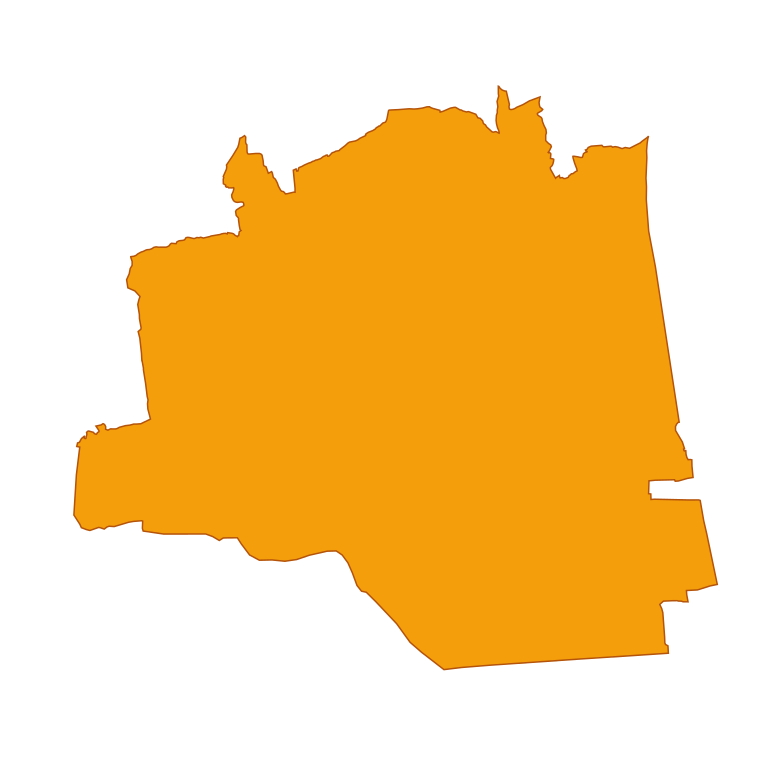 outline of Tamasi, Bacau, Romania, rotated 266°
{"feature_id": "2599482B86885010091457", "entity_name": "Tamasi", "entity_type": "district", "adm_level": 2, "iso_a3": "ROU", "parent_name": "Romania", "parent_adm1": "Bacau", "projection": "albers", "projection_center": [27.031, 46.487], "detail": "fine", "context": "isolated", "style": "filled", "palette": "amber", "viewbox_px": 768, "rotation_deg": 266, "n_neighbors": 0, "source": "geoboundaries", "source_scale": "gbopen_adm2", "svg_char_len": 6132}
<svg xmlns="http://www.w3.org/2000/svg" viewBox="0 0 768 768"><g transform="rotate(266 384 384)"><path d="M606.7,656.5L602.0,645.4L603.1,641.1L602.3,638.3L602.4,637.5L604.0,633.8L604.7,631.1L604.3,628.5L605.2,627.6L605.4,626.7L605.2,620.0L605.5,619.1L606.9,618.0L606.8,607.2L605.7,604.2L603.7,602.7L603.4,601.3L602.5,601.7L601.7,602.8L601.4,602.7L601.0,600.9L599.9,599.1L596.4,597.8L596.2,597.4L596.3,595.7L597.1,593.2L598.0,589.2L597.9,588.3L596.2,588.4L590.8,589.6L585.6,591.2L583.2,591.6L582.4,589.7L580.7,587.2L580.6,585.5L579.6,584.5L579.1,583.3L577.3,582.2L576.4,579.4L576.4,577.8L577.5,576.3L577.3,574.1L578.5,573.6L579.8,573.5L578.0,570.2L577.3,569.5L586.6,565.1L587.5,565.0L588.4,565.0L590.1,566.9L591.9,567.9L594.4,568.7L596.3,569.0L596.7,568.4L597.4,565.8L601.9,566.5L602.8,566.0L603.4,564.9L603.2,564.2L603.6,563.9L604.9,565.1L609.0,567.5L610.9,567.0L612.5,564.9L615.5,562.3L621.1,562.7L623.1,563.5L626.7,563.3L630.8,561.6L634.7,560.4L637.7,560.1L638.9,559.5L641.1,556.6L642.1,555.9L643.0,555.8L643.6,556.4L645.6,560.4L646.9,561.5L649.4,558.9L651.0,558.5L653.9,558.3L659.5,559.7L656.3,548.8L653.0,542.1L650.8,535.7L649.8,534.0L649.1,532.0L648.9,529.8L649.5,528.3L651.8,528.0L654.2,528.6L667.6,526.4L667.9,524.8L669.0,522.4L670.8,520.5L672.9,519.3L673.1,518.8L665.6,518.3L663.2,518.5L658.0,516.5L652.7,516.9L649.5,516.1L646.6,515.9L644.3,514.9L639.1,514.2L635.6,514.4L631.7,515.1L628.9,516.1L626.4,516.5L626.1,516.3L627.5,514.1L628.0,513.1L627.6,510.6L628.0,509.4L633.3,504.3L635.4,503.3L636.0,502.3L637.3,501.2L639.6,500.8L642.3,498.5L643.0,496.2L646.7,494.4L649.6,487.9L649.9,486.9L649.6,485.4L650.9,481.7L651.9,480.3L652.1,479.1L652.5,478.4L655.0,474.7L655.1,473.4L654.6,469.5L651.9,461.8L651.3,459.0L653.1,458.8L655.5,452.0L656.5,449.8L657.4,448.8L657.5,446.2L656.6,441.7L656.2,436.4L656.2,433.2L656.8,428.3L656.7,417.8L656.9,408.2L656.4,407.6L647.9,405.3L645.7,404.2L645.1,403.6L644.4,401.0L641.9,398.1L641.6,397.4L641.7,396.9L640.8,395.6L640.3,394.3L638.9,393.0L637.6,390.5L636.2,386.0L635.2,384.2L634.4,383.1L633.1,383.0L630.8,377.1L629.4,374.9L628.5,372.6L627.7,366.4L626.8,364.7L624.5,361.9L620.9,356.4L620.1,355.7L619.9,355.1L619.6,352.1L618.9,350.8L618.3,348.4L615.3,345.2L615.1,343.9L615.2,343.6L616.4,343.3L616.3,342.1L615.7,341.1L615.2,339.4L613.4,336.7L613.0,335.6L612.2,332.7L612.2,331.7L611.3,329.7L611.1,328.4L610.1,326.4L609.6,324.2L607.9,319.6L606.8,317.4L605.8,314.3L605.1,313.8L602.6,313.1L602.4,311.9L604.7,311.3L603.6,308.4L585.4,308.9L581.5,308.6L581.7,307.5L580.6,300.7L580.5,298.9L581.9,298.1L583.0,297.0L583.5,295.2L584.7,294.3L588.6,292.5L592.0,291.6L595.9,289.9L597.8,288.0L602.4,287.3L603.7,286.7L602.3,283.3L608.9,281.5L609.9,279.6L610.8,279.1L615.3,279.0L620.8,278.3L621.9,277.4L622.6,276.0L622.9,272.2L622.8,265.7L622.9,264.7L623.4,264.0L625.0,263.6L632.2,263.9L633.3,263.1L635.0,262.8L640.0,263.3L641.5,262.2L639.8,259.3L639.2,257.4L633.2,255.8L630.2,254.6L622.4,249.1L613.4,242.1L611.8,242.3L609.3,241.8L602.2,238.1L601.2,238.5L599.5,237.9L595.0,237.7L593.3,240.0L592.0,239.8L591.3,240.7L591.4,241.9L590.5,242.7L590.2,246.4L590.4,247.5L590.1,247.8L589.1,247.8L586.4,246.9L583.2,245.2L580.7,245.3L577.5,246.6L576.4,247.7L575.7,249.1L575.4,250.6L575.6,254.2L575.0,256.2L574.2,256.5L572.2,256.7L571.6,256.4L570.1,252.8L567.9,248.9L566.5,248.0L562.5,248.3L560.0,250.2L559.1,250.5L558.3,250.3L551.8,250.7L548.0,251.2L547.1,252.1L545.9,250.2L542.2,249.4L541.8,248.2L541.3,248.0L542.8,245.7L544.2,244.5L544.9,243.0L545.9,238.6L544.7,238.1L545.3,236.6L545.4,234.9L545.1,232.5L544.6,230.9L543.7,221.7L543.3,220.8L542.2,214.0L543.2,211.4L542.8,209.6L543.2,207.6L542.4,205.3L542.5,203.9L543.6,200.5L544.0,198.5L543.8,196.7L541.9,195.3L541.5,194.4L541.3,193.1L541.2,189.7L540.3,187.4L538.5,186.4L539.2,181.8L538.5,180.6L537.0,179.4L536.2,177.9L535.7,176.3L536.2,168.7L536.7,166.2L536.4,164.0L535.1,161.7L534.5,159.5L534.5,157.1L534.2,155.8L533.1,153.1L532.6,151.0L531.0,147.5L529.6,145.6L528.9,143.4L528.7,140.3L527.7,140.3L523.8,141.3L519.9,141.0L516.9,138.9L511.6,137.5L506.0,134.5L497.8,135.2L494.2,142.0L488.3,146.7L485.0,145.3L480.5,143.9L470.5,144.8L466.1,144.6L457.2,145.6L455.6,145.3L453.5,142.4L446.8,143.6L431.8,144.2L424.2,144.1L424.2,144.3L416.7,145.1L414.9,145.0L401.4,146.2L388.0,146.9L384.6,147.5L380.8,146.7L375.5,146.7L365.3,148.6L361.3,138.6L361.3,134.5L361.5,131.6L360.7,127.6L360.5,123.2L359.3,117.1L358.1,114.4L357.9,112.8L358.3,107.9L357.2,105.4L358.3,103.1L360.8,103.4L362.6,102.7L363.7,101.7L364.0,100.9L362.9,98.9L362.1,93.7L357.4,96.4L356.3,96.3L355.5,94.7L354.3,94.0L353.9,93.4L354.7,91.6L356.0,90.9L357.7,86.2L357.6,85.3L356.5,83.9L354.6,84.1L350.5,82.8L350.4,82.0L351.3,81.0L352.4,81.6L352.8,81.3L350.7,78.4L347.1,76.1L346.6,74.2L343.1,73.1L342.3,76.1L314.9,70.8L274.9,65.5L265.3,70.8L261.8,72.1L259.5,77.1L258.4,80.4L260.8,89.2L260.5,90.8L258.8,94.8L260.7,97.7L261.3,99.8L260.6,104.9L263.9,119.6L264.4,124.6L264.5,132.6L264.1,133.7L256.9,132.9L254.1,133.5L249.7,153.7L246.8,195.7L243.8,202.4L239.4,208.8L241.6,212.9L241.4,218.0L240.8,227.0L234.4,230.5L222.8,238.0L216.9,247.4L216.3,260.0L214.1,272.8L215.0,284.7L218.4,297.5L221.2,315.6L220.8,324.7L216.3,330.4L208.2,335.5L197.7,339.3L184.9,343.0L178.9,347.1L177.5,351.8L167.5,360.6L144.0,379.9L124.5,392.0L113.8,402.7L94.9,423.9L95.8,441.5L96.1,470.9L96.0,557.6L95.6,648.9L103.0,649.0L104.5,646.7L106.1,646.1L112.4,646.3L136.5,646.2L140.5,645.4L144.9,643.7L147.9,647.6L147.7,656.5L147.4,661.4L147.0,662.2L146.6,665.6L145.9,667.1L145.5,672.1L152.6,671.3L156.9,671.3L156.7,682.3L159.8,695.1L160.8,702.5L212.0,695.5L225.3,693.4L245.8,691.3L246.4,689.9L247.0,680.5L250.2,645.7L250.2,642.3L255.7,642.5L256.1,640.3L268.9,641.6L269.1,647.9L268.2,667.2L266.7,667.7L266.7,670.8L268.7,680.3L269.2,685.8L280.6,685.5L286.9,685.8L287.3,684.3L287.3,682.1L289.6,681.0L292.8,680.4L296.4,680.4L296.3,678.9L297.2,678.4L298.2,678.3L298.4,679.3L305.3,677.6L317.3,671.6L321.2,671.8L323.7,673.2L325.2,674.8L325.3,675.8L482.1,662.9L517.9,658.7L549.6,658.5L562.3,659.6L571.0,659.7L591.4,662.0L598.4,662.2L605.7,663.3L610.7,664.4L612.8,665.2L611.5,663.7L607.9,658.0L606.7,656.5Z" fill="#f59e0b" stroke="#b45309" stroke-width="1.5"/></g></svg>